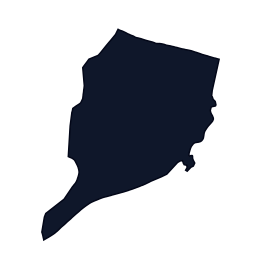 Al Arsh, Al Bayda', Yemen (orthographic projection), rotated 82°
{"feature_id": "15242507B56607006437737", "entity_name": "Al Arsh", "entity_type": "district", "adm_level": 2, "iso_a3": "YEM", "parent_name": "Yemen", "parent_adm1": "Al Bayda'", "projection": "orthographic", "projection_center": [44.788, 14.359], "detail": "fine", "context": "isolated", "style": "filled", "palette": "ink", "viewbox_px": 256, "rotation_deg": 82, "n_neighbors": 0, "source": "geoboundaries", "source_scale": "gbopen_adm2", "svg_char_len": 3771}
<svg xmlns="http://www.w3.org/2000/svg" viewBox="0 0 256 256"><g transform="rotate(82 128 128)"><path d="M100.9,179.9L104.1,181.0L104.4,181.3L117.9,185.0L148.0,191.1L149.0,189.5L149.9,187.9L151.0,186.6L152.3,185.4L154.0,184.7L155.8,184.1L157.5,183.5L159.7,182.9L162.0,182.6L163.7,182.5L165.6,182.7L165.9,182.8L167.6,183.4L169.2,184.1L170.8,184.9L172.3,185.6L173.9,186.6L175.5,187.9L176.8,189.4L178.1,190.7L178.3,191.0L189.6,201.2L201.2,221.3L204.6,223.2L219.1,227.8L220.8,227.5L222.6,227.3L224.4,227.2L226.2,227.0L227.1,227.0L226.5,225.5L225.8,223.8L225.2,222.2L224.5,220.6L223.7,218.8L222.9,217.1L222.0,215.3L221.1,213.9L220.2,212.4L219.0,210.7L217.7,209.0L216.7,207.6L215.7,206.0L214.7,204.4L213.5,202.7L212.4,201.2L211.2,199.3L209.9,197.3L208.9,196.0L207.9,194.5L206.9,193.0L206.7,192.7L205.7,191.2L204.6,189.4L203.7,188.0L202.5,186.3L201.5,184.6L200.4,182.7L199.3,180.7L198.3,178.7L197.3,176.7L196.5,174.8L196.0,173.1L195.4,171.0L194.9,168.9L194.4,167.0L193.9,165.1L193.4,162.8L193.1,160.8L192.9,158.5L192.6,156.2L192.4,154.4L192.0,152.3L192.0,151.7L191.8,150.3L191.5,147.8L191.2,145.5L190.9,143.3L190.7,141.5L190.4,139.7L190.1,137.8L189.8,136.0L189.7,135.8L189.5,134.8L189.4,134.1L189.0,131.9L188.6,130.2L188.3,128.6L188.2,128.4L187.8,126.4L187.5,125.1L187.4,124.6L186.9,123.0L186.6,121.2L186.5,120.9L186.2,120.0L186.0,119.1L185.4,117.3L184.9,115.7L184.6,114.7L184.3,114.0L183.8,112.5L181.0,101.9L179.1,96.0L168.6,83.2L168.6,82.9L168.7,82.7L167.9,81.3L167.9,78.6L170.2,78.1L170.6,78.1L172.2,77.4L172.2,77.2L172.3,77.0L172.4,76.7L172.6,76.1L172.9,75.7L172.9,75.1L173.0,75.0L173.4,75.0L173.5,75.0L173.6,74.9L173.8,74.9L174.0,74.9L174.4,75.0L174.6,75.0L174.7,74.9L174.9,74.6L175.2,74.8L175.6,75.1L177.8,76.8L179.0,75.4L175.6,71.1L174.8,68.6L172.0,66.8L169.7,67.6L169.2,67.8L168.0,68.1L167.4,68.2L166.8,68.2L165.4,68.1L164.9,68.0L164.4,68.1L164.2,68.3L164.1,68.9L164.1,69.0L164.1,69.3L164.1,69.7L164.1,69.8L164.2,70.1L164.3,70.3L164.3,70.6L164.3,70.9L164.4,71.3L164.5,71.7L164.6,71.8L163.7,71.5L162.7,71.3L161.6,71.1L160.0,70.4L158.4,69.7L156.9,69.0L156.0,68.4L155.5,68.2L155.4,68.1L155.0,67.8L154.1,66.9L152.8,65.6L152.0,64.2L151.9,64.0L151.8,62.2L151.8,60.3L151.6,58.5L151.3,57.7L150.9,56.9L149.7,55.6L148.3,54.7L147.5,54.5L146.4,54.1L144.6,53.6L143.4,53.2L143.0,53.0L141.6,52.2L140.2,51.0L138.6,49.6L137.4,48.4L137.2,48.2L136.2,47.0L135.1,45.7L133.9,44.3L132.7,43.1L131.0,42.2L129.7,42.2L129.4,42.3L127.6,42.7L125.7,43.5L124.2,43.9L122.2,44.1L118.9,42.8L118.5,41.3L118.5,40.1L118.3,38.3L117.3,37.7L114.2,37.9L113.6,38.1L111.5,39.7L108.9,40.2L107.8,40.7L102.6,39.4L72.6,28.2L71.9,29.9L71.1,31.6L70.6,33.1L69.9,34.6L69.2,36.1L68.6,37.5L67.7,39.2L67.0,40.9L66.3,42.5L66.1,42.9L65.7,43.9L65.5,44.3L64.5,46.1L63.5,48.1L62.7,49.7L62.0,51.3L60.9,53.4L60.2,54.9L59.6,56.5L58.9,58.5L58.4,60.1L58.1,60.8L57.7,61.8L57.2,63.4L56.6,64.9L56.2,65.8L55.8,66.8L55.1,68.3L54.5,70.1L53.8,71.5L53.6,72.2L53.3,73.0L52.5,74.9L52.0,76.5L51.3,78.6L50.3,80.4L49.6,82.2L49.1,83.7L48.7,85.2L48.5,87.2L48.4,87.3L48.3,88.0L48.1,88.7L47.2,90.1L46.3,91.8L46.0,92.6L45.6,93.5L44.9,95.2L44.3,96.6L43.7,98.0L42.9,99.7L42.1,101.3L41.3,102.9L40.8,104.2L40.2,105.6L39.8,106.9L39.0,108.4L37.8,109.8L37.1,111.1L36.4,112.4L35.4,113.9L34.6,115.3L33.5,116.7L32.7,117.9L31.9,119.1L31.1,120.4L30.5,121.7L29.8,122.9L28.9,124.1L29.9,124.8L33.6,127.3L34.8,128.6L39.4,133.6L39.8,134.1L43.5,138.2L49.8,144.9L50.9,146.2L51.8,147.2L52.0,147.8L52.1,148.1L52.3,148.8L54.4,157.1L56.7,159.3L58.1,160.7L60.0,162.6L61.9,164.4L80.1,165.4L82.8,166.1L84.4,166.6L86.2,167.0L88.2,167.6L88.3,167.6L88.5,167.7L89.1,167.8L91.7,168.5L92.3,168.6L94.3,169.8L94.7,170.1L95.6,170.7L96.6,171.4L97.3,172.6L98.0,174.1L99.1,176.5L99.8,177.8L100.5,179.1L100.7,179.5L100.9,179.9Z" fill="#0f172a" stroke="#020617" stroke-width="1.5"/></g></svg>